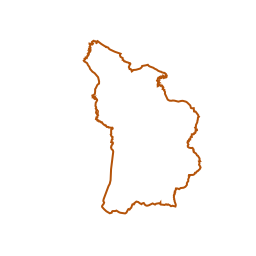 outline of Srae Ambel, Kaôh Kong, Cambodia, rotated 146°
{"feature_id": "14789045B17636878370616", "entity_name": "Srae Ambel", "entity_type": "district", "adm_level": 2, "iso_a3": "KHM", "parent_name": "Cambodia", "parent_adm1": "Kaôh Kong", "projection": "orthographic", "projection_center": [103.727, 11.257], "detail": "fine", "context": "isolated", "style": "outline", "palette": "amber", "viewbox_px": 256, "rotation_deg": 146, "n_neighbors": 0, "source": "geoboundaries", "source_scale": "gbopen_adm2", "svg_char_len": 5735}
<svg xmlns="http://www.w3.org/2000/svg" viewBox="0 0 256 256"><g transform="rotate(146 128 128)"><path d="M132.6,36.4L131.8,37.0L131.2,37.9L130.4,41.1L129.8,42.1L129.8,42.9L129.3,43.4L128.7,45.0L128.1,45.6L127.7,46.5L127.0,47.0L126.6,46.9L126.4,47.4L125.8,47.5L125.5,48.4L124.9,48.5L125.0,48.8L124.7,49.3L124.2,49.2L123.6,49.8L122.7,50.1L122.2,51.0L121.9,51.1L121.3,50.3L120.7,50.1L119.8,48.7L118.0,48.8L115.3,47.4L113.3,47.2L111.2,47.8L110.5,48.5L110.1,49.3L108.8,50.0L108.0,50.1L107.3,50.9L106.9,51.7L104.1,53.6L104.4,54.3L103.7,54.9L100.4,52.8L99.4,52.6L98.4,52.7L97.5,53.4L96.5,52.9L95.3,53.5L93.7,53.3L93.1,53.6L91.7,53.7L90.0,54.6L90.0,55.2L89.6,55.7L89.7,57.3L89.6,57.9L88.8,58.4L87.9,59.8L87.8,60.6L86.9,60.3L87.0,60.8L86.6,61.1L86.6,61.5L85.7,62.8L85.6,65.9L86.1,66.7L85.9,68.8L86.9,71.2L86.6,71.5L86.7,72.0L86.2,72.5L86.3,73.0L85.6,73.6L85.8,74.3L85.6,75.2L85.8,75.6L86.6,75.9L87.6,76.7L88.4,77.6L88.9,78.9L88.4,79.9L87.1,80.5L86.9,82.6L85.9,83.5L85.3,82.8L85.0,82.9L84.6,83.8L83.8,84.3L83.4,83.7L82.9,83.6L82.2,84.7L81.3,85.0L81.0,85.5L80.4,85.5L80.0,85.1L79.4,86.3L79.1,86.4L78.6,87.1L77.5,86.5L77.2,86.1L76.7,86.1L76.0,86.7L75.3,86.3L74.8,86.4L74.0,87.2L74.0,87.5L73.7,87.8L72.9,87.6L72.0,87.6L71.7,88.3L72.5,89.4L72.2,89.8L72.1,90.8L71.3,90.7L70.0,92.5L67.4,94.0L66.0,95.6L65.6,95.7L64.3,97.4L62.9,97.7L63.1,98.6L62.6,99.4L62.8,103.8L63.1,104.2L63.9,104.5L64.0,104.8L62.4,107.7L63.9,108.5L64.6,109.5L63.8,111.9L64.7,116.2L65.3,117.5L67.4,119.9L68.8,120.7L71.5,121.7L74.1,124.6L75.4,125.7L76.6,126.2L78.1,127.3L78.8,128.4L79.2,129.4L78.2,135.8L77.2,137.1L77.0,138.5L77.1,138.8L76.6,139.3L77.0,139.8L77.1,140.5L77.4,140.9L77.2,141.0L76.9,140.6L76.8,141.0L77.0,141.2L76.5,142.1L76.5,142.7L76.3,142.9L76.0,142.7L76.0,143.2L76.1,144.2L76.5,144.3L76.5,144.7L77.1,145.2L77.4,145.0L77.7,146.1L79.3,146.0L79.0,146.7L78.4,146.8L78.2,147.3L78.3,147.4L79.4,147.0L79.1,147.5L78.0,148.5L77.3,148.5L76.7,148.2L77.0,149.1L76.3,149.5L77.1,149.8L76.6,150.9L77.4,150.9L77.4,151.1L76.3,151.4L75.7,152.2L74.8,152.7L74.4,152.4L74.3,151.6L73.7,152.5L73.2,152.6L72.6,151.7L72.8,151.0L72.3,150.7L71.5,151.9L71.1,151.2L70.6,151.0L69.7,151.7L69.4,150.4L69.5,150.1L70.2,149.9L70.3,149.4L69.7,149.3L68.2,150.1L67.9,149.9L68.1,148.7L67.6,148.7L66.5,149.9L66.9,150.6L66.4,151.7L66.8,152.3L66.7,152.7L67.0,153.4L67.6,153.8L69.1,155.7L69.2,156.3L69.9,156.9L71.0,158.6L71.6,160.4L72.9,162.5L73.2,163.6L75.6,166.9L76.1,168.0L76.2,169.3L78.2,170.0L81.6,171.5L82.1,171.0L83.3,170.6L84.8,170.5L88.8,171.8L91.5,173.3L92.1,173.3L92.4,172.8L93.2,172.8L92.7,174.9L93.1,175.7L93.7,176.0L93.2,178.1L91.0,179.5L90.3,179.7L90.1,180.0L90.1,180.6L90.4,181.0L90.9,181.0L91.0,181.6L91.5,182.5L92.5,183.5L93.2,184.9L93.7,185.1L93.9,185.6L93.8,186.8L94.3,187.4L93.9,187.7L93.7,188.5L93.3,188.9L94.4,191.2L94.0,192.8L93.5,193.3L92.6,193.7L96.3,198.6L99.0,203.1L99.5,204.4L99.4,205.6L100.0,206.5L100.9,207.3L100.7,207.6L101.4,208.6L103.1,212.5L104.6,217.0L105.5,216.8L106.4,216.0L106.6,216.0L106.7,216.3L106.1,216.9L106.2,217.9L107.3,218.5L107.6,219.5L107.9,219.6L109.7,219.5L110.0,218.9L109.8,217.6L110.6,217.2L110.9,217.2L111.6,218.6L112.7,219.5L112.9,219.1L112.2,218.5L112.2,218.0L114.5,216.8L114.2,216.1L114.7,215.2L115.1,215.1L115.2,214.5L116.0,215.2L116.1,214.9L116.6,214.7L116.3,214.5L116.2,214.0L115.6,214.1L115.8,213.9L116.0,213.2L116.5,213.4L116.7,213.0L116.9,213.3L117.1,212.7L117.6,212.9L117.8,212.6L118.2,212.6L118.3,212.3L118.9,212.3L119.3,212.0L119.3,211.7L119.7,211.8L119.7,211.4L119.2,211.2L119.6,210.8L120.2,210.5L120.5,210.7L121.2,210.7L121.5,210.4L121.5,210.1L121.9,210.0L122.2,209.7L122.6,209.7L123.0,209.2L123.4,209.7L123.5,209.4L124.3,209.6L124.3,209.3L124.7,209.2L125.2,209.5L125.3,208.9L127.0,208.6L127.0,207.7L125.7,204.8L125.7,204.0L126.0,203.0L125.9,200.2L126.4,198.1L126.0,194.6L125.0,192.1L124.4,186.8L125.9,182.8L127.2,181.0L128.6,181.0L129.4,180.8L132.5,179.0L133.5,178.6L134.7,176.8L136.4,174.8L137.9,174.6L139.4,174.9L139.6,174.5L139.6,173.9L140.1,173.2L138.5,172.6L139.3,172.3L139.5,171.9L139.5,171.1L139.3,170.5L138.6,170.2L138.5,170.5L138.9,170.9L138.8,171.4L138.4,171.7L138.0,171.3L137.8,168.8L138.1,168.2L140.8,166.8L142.7,164.4L142.7,163.3L143.0,162.7L143.2,162.4L143.8,162.3L143.9,162.0L143.9,161.1L143.6,160.6L143.8,160.4L143.8,159.6L144.6,159.9L146.0,158.5L145.9,157.9L145.5,157.5L146.0,156.9L145.9,156.6L145.1,156.9L145.6,156.3L145.6,155.4L146.5,155.2L147.6,153.8L147.8,153.8L148.3,154.4L149.6,153.3L149.1,152.2L149.2,151.1L149.0,150.9L148.8,151.1L148.7,151.6L148.1,150.5L148.3,149.5L147.3,148.9L147.2,147.8L146.5,147.5L146.3,147.1L146.6,146.3L146.0,143.9L145.2,142.2L145.0,142.3L145.0,140.8L143.8,139.9L143.8,139.3L143.6,139.1L143.1,138.9L142.2,137.9L140.8,137.0L140.8,136.4L141.1,136.0L141.3,136.0L141.2,136.3L141.4,136.4L142.9,136.0L144.5,133.7L145.1,132.5L145.9,132.3L146.3,130.7L145.8,129.1L146.1,128.8L146.6,128.7L147.1,127.3L147.5,127.2L148.0,127.3L149.8,125.7L149.0,125.0L149.4,124.6L148.9,123.9L149.6,123.3L151.4,122.7L152.2,122.2L152.3,121.7L153.0,121.3L153.4,119.7L153.0,117.9L153.5,116.6L165.0,103.4L171.6,94.5L174.4,91.9L176.7,90.7L188.0,82.6L189.3,81.3L189.5,79.5L190.7,78.7L192.8,78.0L193.3,77.6L193.6,76.8L193.2,73.9L192.5,71.0L190.8,67.5L188.9,66.9L187.9,67.7L187.2,67.7L185.1,66.3L183.8,66.0L182.5,63.1L181.7,62.0L178.2,58.8L176.7,58.7L173.3,60.5L172.9,60.5L172.4,59.5L172.1,59.5L171.1,60.0L169.9,60.1L167.1,62.2L166.3,62.0L165.9,61.4L165.2,61.6L164.8,62.1L162.2,62.3L160.9,60.9L160.3,59.0L159.4,57.3L158.4,57.5L156.9,57.0L156.9,54.9L156.3,53.5L155.6,52.9L154.1,52.3L149.8,51.7L148.4,49.4L147.0,49.5L144.4,48.3L143.7,47.6L143.0,47.9L143.8,46.6L143.7,46.3L140.6,43.7L139.1,43.5L138.5,42.4L137.5,42.3L136.3,40.1L136.2,39.3L135.4,38.8L134.6,38.7L132.6,36.4Z" fill="none" stroke="#b45309" stroke-width="2"/></g></svg>